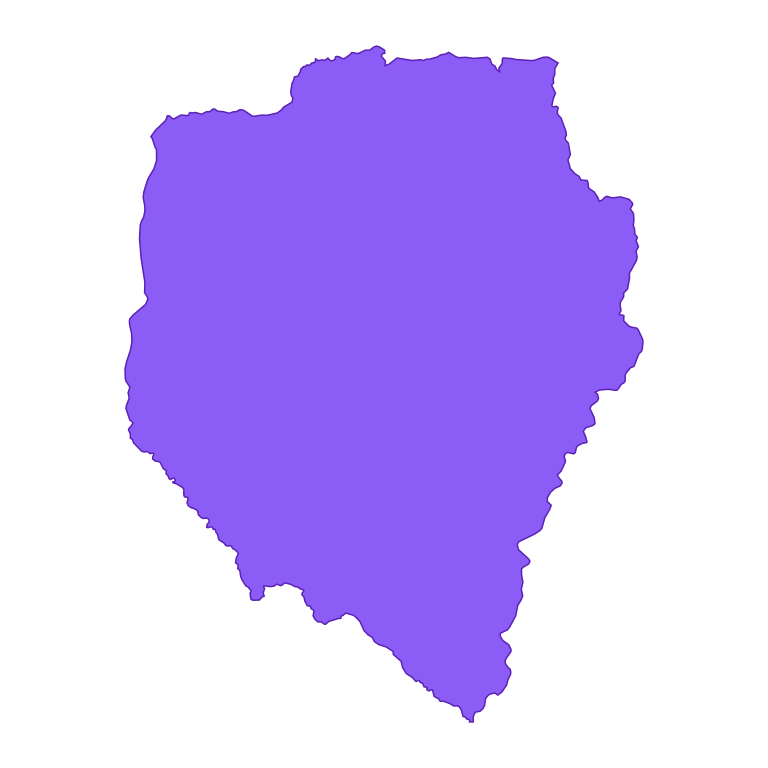 the district of Belén De Umbría, Risaralda, Colombia
{"feature_id": "7082276B92483962355634", "entity_name": "Belén De Umbría", "entity_type": "district", "adm_level": 2, "iso_a3": "COL", "parent_name": "Colombia", "parent_adm1": "Risaralda", "projection": "mercator", "projection_center": [-75.868, 5.19], "detail": "fine", "context": "isolated", "style": "filled", "palette": "violet", "viewbox_px": 768, "rotation_deg": 0, "n_neighbors": 0, "source": "geoboundaries", "source_scale": "gbopen_adm2", "svg_char_len": 6046}
<svg xmlns="http://www.w3.org/2000/svg" viewBox="0 0 768 768"><path d="M558.1,63.0L549.4,57.7L547.3,57.1L543.1,57.3L534.4,60.3L531.5,60.6L516.0,59.5L512.1,58.6L503.2,57.9L502.4,58.9L502.2,63.5L498.8,68.3L499.6,71.6L496.9,70.0L494.9,66.1L491.9,64.2L489.9,58.8L487.3,57.3L473.4,58.4L465.8,57.3L458.6,57.7L455.6,56.6L448.7,52.4L445.2,54.1L440.8,54.8L437.2,57.0L429.4,59.2L426.2,59.2L423.5,60.6L420.8,59.7L412.4,60.5L397.1,58.0L389.1,64.1L385.2,65.7L385.5,61.1L381.4,56.3L382.3,53.7L384.7,53.3L384.6,50.2L379.0,46.7L376.4,46.1L373.7,47.1L369.7,50.1L365.3,50.2L358.8,53.3L357.2,53.5L351.9,52.5L349.7,54.9L344.4,58.5L342.3,58.6L339.0,56.7L337.0,56.4L335.4,57.0L335.2,58.8L334.3,60.0L331.4,60.8L330.2,60.5L327.9,58.1L325.0,60.3L321.8,59.8L318.7,60.8L315.6,58.9L315.2,61.6L314.5,62.5L311.7,63.0L309.7,65.3L307.0,64.9L305.3,66.4L303.4,66.7L300.8,69.2L300.2,71.7L297.9,76.1L294.4,76.9L293.5,80.7L292.2,82.9L290.7,91.7L291.5,95.8L292.8,98.1L292.0,102.1L283.8,107.0L281.1,110.2L277.2,113.0L267.1,115.3L261.6,115.1L253.9,116.3L252.0,115.9L244.1,110.5L241.2,109.6L239.5,109.8L236.5,111.6L233.0,111.9L229.2,113.3L223.4,111.7L217.6,111.2L215.0,109.2L213.1,108.9L209.7,111.7L206.5,111.7L201.6,114.2L195.4,112.5L191.7,113.0L190.5,112.5L189.2,113.2L188.7,114.9L187.7,115.6L181.0,115.0L174.0,118.8L172.5,118.7L169.5,115.9L167.8,115.8L166.9,116.3L166.9,117.8L165.5,120.6L155.4,130.3L150.9,136.6L152.3,138.6L155.3,147.7L156.5,149.4L156.6,160.4L154.0,168.7L148.8,177.3L147.0,181.6L143.8,192.1L143.2,197.4L144.8,206.1L144.9,211.1L143.6,217.1L141.5,221.2L140.2,225.5L139.5,238.9L141.1,258.0L144.9,282.4L144.6,292.7L147.3,296.9L147.8,299.4L145.4,304.6L133.6,314.6L129.8,318.9L129.4,320.9L129.6,324.4L131.7,334.0L131.9,342.0L130.4,350.2L126.6,361.7L125.0,369.1L125.3,378.6L126.1,381.3L129.9,387.2L128.1,392.9L129.1,397.1L128.9,399.0L126.4,405.6L126.0,408.6L129.8,420.0L133.0,422.6L131.5,425.7L129.0,428.4L128.5,429.9L130.4,433.9L130.3,438.1L132.5,439.5L133.5,442.7L141.5,451.1L143.9,452.0L147.6,451.6L150.1,453.7L152.5,453.1L153.6,453.4L153.7,454.6L152.6,457.2L152.8,459.1L155.1,461.0L159.1,461.7L160.2,462.5L163.5,468.8L166.1,470.5L166.2,474.1L167.8,475.4L169.1,478.7L170.4,479.5L173.3,478.1L174.5,478.4L175.3,480.9L174.6,481.6L172.8,481.9L172.9,482.7L176.9,484.0L182.8,487.7L183.8,489.8L183.9,495.7L184.9,497.0L187.4,497.4L188.2,498.5L187.0,502.8L188.3,505.8L191.5,507.9L194.3,508.6L196.8,510.1L197.7,511.3L198.4,514.9L201.5,517.7L203.4,518.5L206.5,518.0L208.0,518.7L209.1,520.3L209.2,521.6L206.9,525.0L206.8,527.4L208.0,527.7L211.4,526.7L212.3,527.4L213.3,529.4L215.0,529.1L216.2,532.7L217.4,534.1L218.8,539.7L224.2,543.2L225.6,545.3L227.3,546.0L230.6,545.8L231.4,546.2L232.7,548.6L235.1,549.8L237.8,552.5L238.2,554.1L236.2,558.2L235.6,562.8L238.1,564.8L237.8,568.6L239.8,570.6L240.8,576.9L242.4,580.6L246.0,586.1L248.6,587.3L249.3,588.8L250.8,590.0L251.1,591.4L250.1,593.2L250.9,599.0L251.5,599.6L252.7,600.2L259.3,600.1L262.4,596.7L264.1,596.3L263.3,592.7L264.6,588.4L263.5,587.0L263.9,585.8L270.1,586.6L273.9,586.2L276.9,584.1L280.3,585.7L282.4,584.9L284.3,583.1L286.0,583.1L290.9,584.4L294.5,586.5L297.8,587.0L300.2,588.9L303.4,589.9L303.7,591.3L302.3,592.7L301.9,594.7L304.0,597.0L304.9,601.2L307.2,605.7L310.4,606.3L311.2,608.8L313.3,609.9L313.9,610.8L313.1,615.8L314.9,619.2L317.7,621.8L321.3,622.0L324.0,624.0L325.5,624.3L328.9,621.4L338.4,618.5L340.8,618.3L341.3,615.9L342.9,615.5L345.7,613.1L353.2,615.2L355.3,616.6L359.9,621.5L364.2,630.8L368.1,634.9L372.1,637.2L374.4,641.6L378.6,644.5L386.2,647.0L393.0,651.3L393.4,654.6L401.1,661.3L402.7,667.8L406.4,673.6L412.9,677.9L415.2,680.9L416.4,681.4L418.4,680.4L419.3,680.6L420.1,682.3L422.5,683.3L424.1,686.8L427.0,687.3L426.8,689.5L427.7,690.4L429.0,690.9L431.4,689.8L432.5,690.0L434.2,696.5L438.6,698.8L440.1,701.2L443.8,701.3L449.9,703.6L453.8,706.0L457.0,705.9L459.0,706.5L461.2,709.7L463.1,716.5L465.5,717.2L466.7,719.0L468.8,719.4L469.9,721.2L469.6,721.9L473.3,721.9L473.1,717.6L474.4,713.6L475.7,712.1L480.2,711.2L483.1,708.4L484.7,705.0L485.6,698.5L488.4,695.0L491.1,693.7L495.1,693.1L497.9,695.1L502.0,691.9L506.6,685.1L508.0,679.6L510.4,674.8L510.8,672.1L510.2,669.3L507.8,667.1L505.4,663.6L505.0,661.2L506.0,658.6L510.9,651.7L511.0,649.4L508.8,644.8L503.0,640.6L501.0,637.7L500.1,634.9L500.5,633.2L507.5,629.8L509.6,627.2L515.7,615.8L517.7,605.5L521.0,600.1L522.7,595.8L521.3,589.4L522.9,582.1L521.6,575.3L521.5,568.9L523.2,567.2L528.7,564.0L530.0,561.2L528.4,558.7L518.7,549.9L517.5,546.5L517.5,543.7L519.0,541.6L534.9,533.9L540.1,530.4L541.9,528.2L544.8,517.8L549.8,509.2L551.2,505.3L547.3,501.4L547.3,497.8L550.5,492.3L554.9,488.3L560.3,485.9L562.1,483.0L561.8,481.2L558.0,476.6L557.6,474.8L561.1,471.1L565.3,462.1L565.4,460.5L564.2,456.6L564.8,454.2L567.6,452.4L573.2,453.8L574.6,453.4L575.5,451.9L576.3,447.7L577.8,445.7L582.3,443.4L586.3,442.7L587.0,442.0L585.6,436.7L583.3,431.3L585.7,427.8L592.5,425.6L594.4,424.4L595.0,423.3L594.2,417.6L589.9,408.5L591.4,405.5L597.2,401.2L598.5,398.4L597.6,394.4L595.0,392.2L599.7,390.0L608.4,389.3L616.0,390.4L617.6,389.8L621.3,384.3L624.4,382.5L625.2,380.5L625.2,375.3L625.9,373.4L630.5,367.7L634.0,366.4L638.6,354.3L641.7,351.0L642.1,349.8L643.0,342.4L642.6,339.2L638.2,329.7L636.7,328.1L631.5,327.2L628.7,325.9L623.7,320.8L623.9,315.7L622.3,315.0L620.0,315.0L619.3,314.2L621.0,310.4L620.1,304.8L620.4,302.2L623.6,296.9L623.8,292.8L627.5,289.1L629.5,278.5L629.4,273.3L636.5,260.4L637.1,256.7L636.0,251.2L638.5,246.7L636.1,240.8L637.4,237.3L635.0,234.4L634.4,228.3L633.3,225.9L633.9,219.9L633.5,213.6L630.3,208.7L632.6,204.8L632.6,203.3L629.1,199.3L620.6,196.9L612.4,197.9L606.7,196.3L604.8,197.3L602.2,200.0L599.3,201.3L597.5,196.9L594.1,191.9L588.7,188.2L587.9,182.2L587.1,180.5L580.9,180.0L579.1,176.4L574.9,173.7L570.3,168.6L567.9,159.9L570.4,154.6L568.3,143.0L566.0,140.7L565.4,139.4L565.1,137.6L566.4,135.3L566.0,131.7L561.1,118.1L557.6,114.2L557.4,111.3L558.3,107.7L556.5,106.3L552.9,106.8L551.8,105.9L553.3,98.5L555.5,93.2L551.6,85.1L553.6,82.9L553.2,78.6L554.8,74.2L554.9,68.4L558.1,63.0Z" fill="#8b5cf6" stroke="#5b21b6" stroke-width="1.5"/></svg>